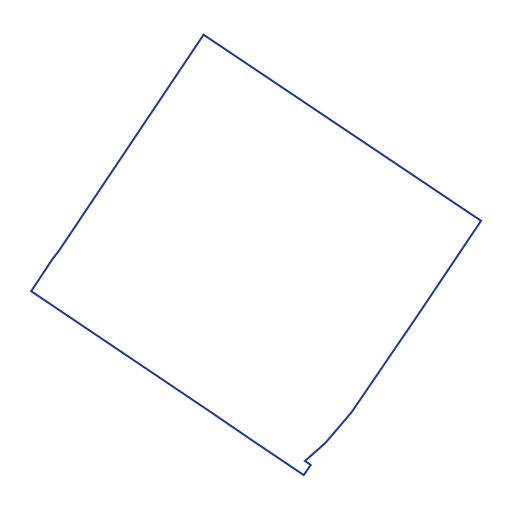 Neshoba, Mississippi, United States of America, rotated 124°
{"feature_id": "52423323B8433965475447", "entity_name": "Neshoba", "entity_type": "district", "adm_level": 2, "iso_a3": "USA", "parent_name": "United States of America", "parent_adm1": "Mississippi", "projection": "natural_earth1", "projection_center": [-89.019, 32.754], "detail": "fine", "context": "isolated", "style": "outline", "palette": "blue", "viewbox_px": 512, "rotation_deg": 124, "n_neighbors": 0, "source": "geoboundaries", "source_scale": "gbopen_adm2", "svg_char_len": 363}
<svg xmlns="http://www.w3.org/2000/svg" viewBox="0 0 512 512"><g transform="rotate(124 256 256)"><path d="M410.9,422.7L410.7,207.4L411.0,156.3L411.0,149.0L410.9,93.9L406.1,93.9L398.6,93.8L398.6,100.8L372.0,93.9L331.8,89.4L216.4,88.8L101.0,89.1L101.7,354.8L101.9,423.2L363.2,422.3L371.4,423.0L410.9,422.7Z" fill="none" stroke="#1e3a8a" stroke-width="2"/></g></svg>